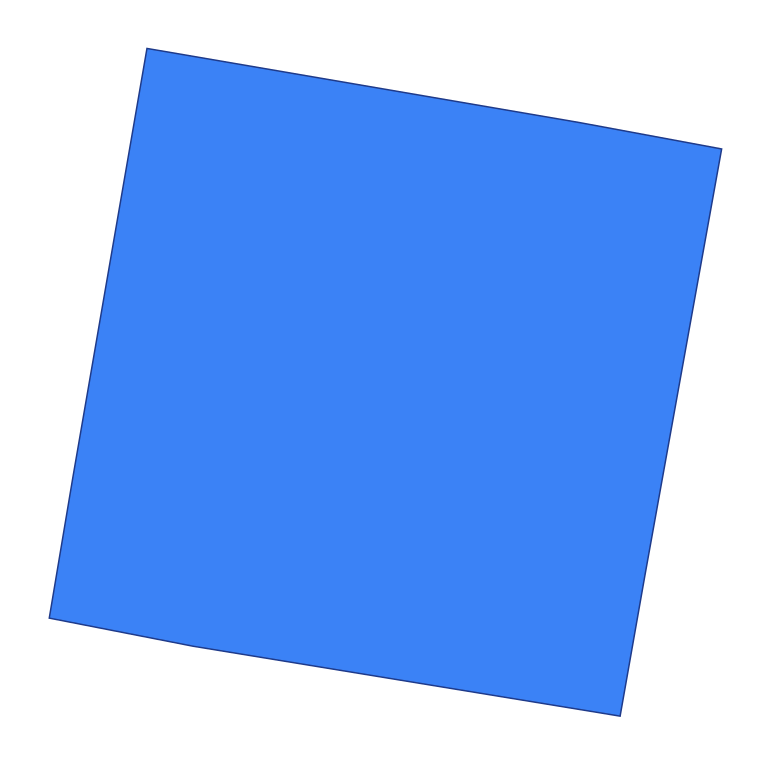 Iowa, Iowa, United States of America (Mercator projection), rotated 100°
{"feature_id": "52423323B47307487801934", "entity_name": "Iowa", "entity_type": "district", "adm_level": 2, "iso_a3": "USA", "parent_name": "United States of America", "parent_adm1": "Iowa", "projection": "mercator", "projection_center": [-92.064, 41.686], "detail": "fine", "context": "isolated", "style": "filled", "palette": "blue", "viewbox_px": 768, "rotation_deg": 100, "n_neighbors": 0, "source": "geoboundaries", "source_scale": "gbopen_adm2", "svg_char_len": 272}
<svg xmlns="http://www.w3.org/2000/svg" viewBox="0 0 768 768"><g transform="rotate(100 384 384)"><path d="M94.7,675.7L528.5,674.2L672.7,673.0L675.4,526.2L670.1,93.8L526.4,93.8L93.9,92.3L92.6,235.8L94.7,675.7Z" fill="#3b82f6" stroke="#1e3a8a" stroke-width="1.5"/></g></svg>